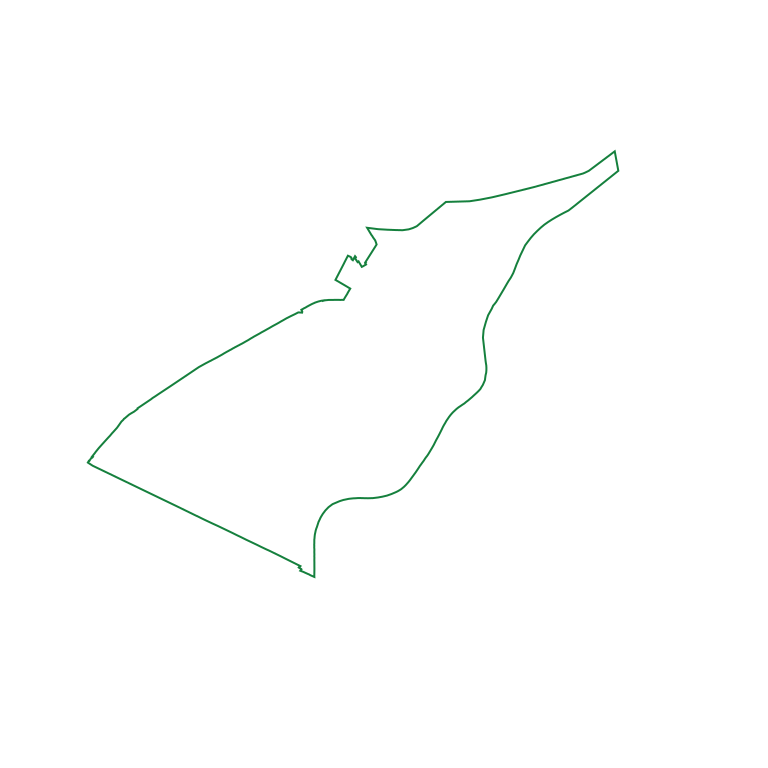 outline of Krimpen aan den IJssel, Zuid-Holland, Netherlands, rotated 157°
{"feature_id": "6326949B82028476449042", "entity_name": "Krimpen aan den IJssel", "entity_type": "district", "adm_level": 2, "iso_a3": "NLD", "parent_name": "Netherlands", "parent_adm1": "Zuid-Holland", "projection": "mercator", "projection_center": [4.603, 51.917], "detail": "fine", "context": "isolated", "style": "outline", "palette": "green", "viewbox_px": 768, "rotation_deg": 157, "n_neighbors": 0, "source": "geoboundaries", "source_scale": "gbopen_adm2", "svg_char_len": 5538}
<svg xmlns="http://www.w3.org/2000/svg" viewBox="0 0 768 768"><g transform="rotate(157 384 384)"><path d="M85.0,488.7L84.8,489.6L80.7,508.0L112.2,500.2L116.3,500.0L118.6,500.0L169.2,506.7L194.3,510.7L198.1,511.3L211.5,513.6L223.7,516.2L233.9,518.8L255.9,527.4L284.8,518.7L291.9,516.5L292.8,516.4L296.6,516.3L300.8,516.7L306.8,518.3L313.2,521.2L320.4,524.6L328.9,528.8L338.5,534.4L337.5,527.2L337.3,525.9L337.0,524.8L336.9,524.2L336.8,523.2L336.0,519.7L336.1,517.4L336.3,515.3L344.8,509.4L353.8,503.2L353.4,502.6L353.9,502.3L354.2,502.1L353.9,501.0L356.3,500.7L358.2,500.5L358.7,500.5L358.9,502.4L359.0,503.1L359.1,503.9L359.4,505.8L359.5,506.8L360.7,506.5L361.1,508.6L361.1,509.0L361.6,510.6L360.3,511.6L360.7,513.0L362.2,511.8L364.3,510.1L365.1,511.5L365.1,511.9L365.1,512.1L364.8,512.4L364.8,512.5L364.7,512.7L364.7,512.9L365.0,513.9L367.1,516.2L373.1,511.2L373.4,510.9L388.0,498.8L381.0,489.4L377.8,485.0L381.2,482.5L382.0,481.9L382.1,481.7L383.5,480.7L385.5,479.3L387.0,478.2L388.3,477.2L388.6,477.4L391.2,478.4L394.1,479.7L396.0,480.5L398.8,481.6L399.4,481.9L400.9,482.5L401.6,482.8L402.4,483.1L402.8,483.2L403.4,483.4L403.7,483.5L404.7,483.8L405.4,484.0L406.2,484.2L407.0,484.3L406.8,484.5L408.0,484.8L408.7,485.0L409.1,485.1L410.2,485.3L411.1,485.4L412.2,485.6L412.5,485.6L413.4,485.7L413.9,485.7L414.4,485.8L415.1,485.8L415.5,485.8L415.9,485.9L416.7,485.8L417.4,485.8L418.0,485.8L418.5,485.8L418.9,485.8L419.7,485.7L420.6,485.7L421.2,485.6L422.2,485.5L423.1,485.5L423.9,485.3L424.8,485.3L425.8,485.1L426.7,485.0L427.7,485.0L428.4,484.9L429.2,484.8L429.8,484.7L430.5,484.7L431.1,484.6L431.0,483.8L430.9,483.2L430.9,482.8L431.1,482.3L431.3,482.0L431.5,481.7L432.3,482.1L432.8,482.4L433.2,482.5L433.5,482.7L433.7,482.8L434.4,483.1L434.9,483.4L438.7,483.1L440.8,483.0L443.1,482.9L447.5,482.6L447.9,482.6L450.2,482.3L451.9,482.1L454.7,481.8L456.8,481.5L459.6,481.2L461.8,481.0L463.9,480.8L466.3,480.5L467.8,480.3L469.8,480.1L470.7,480.0L472.4,479.8L474.3,479.6L476.6,479.4L478.6,479.1L479.6,479.0L481.6,478.8L483.5,478.6L484.6,478.5L485.5,478.4L486.7,478.2L488.5,478.0L489.8,477.8L491.6,477.5L493.4,477.3L495.3,477.1L496.8,476.9L498.5,476.7L499.8,476.6L501.2,476.5L501.5,476.5L501.9,476.4L503.6,476.3L504.6,476.2L505.6,476.1L506.3,476.1L507.7,475.9L509.2,475.8L511.2,475.5L512.8,475.4L514.3,475.2L515.7,475.1L517.4,474.9L519.9,474.6L521.0,474.4L521.9,474.3L523.6,474.1L524.6,474.0L525.7,473.9L526.3,473.8L540.2,472.7L547.8,471.9L552.0,471.1L560.2,469.5L577.4,466.2L582.1,465.3L596.1,462.7L599.1,462.1L602.6,461.5L604.4,461.0L620.4,457.9L620.6,457.3L624.9,456.2L628.2,455.8L630.7,455.4L636.4,453.6L636.9,453.6L638.0,452.9L640.4,452.0L642.0,451.0L643.6,450.0L646.9,448.0L652.0,445.6L653.6,444.9L656.5,443.4L658.6,442.5L663.6,440.2L669.6,437.4L671.7,436.4L676.2,434.0L676.8,433.6L681.0,431.3L680.7,431.1L680.4,430.7L681.3,430.2L681.7,430.2L682.0,430.2L682.4,430.1L682.7,430.0L683.2,429.7L683.8,429.4L685.3,428.3L685.5,428.4L685.7,428.6L687.3,427.4L684.1,422.6L682.6,420.9L651.1,385.0L623.0,353.0L607.8,335.5L607.7,335.5L607.2,334.9L604.3,331.5L601.4,328.2L596.4,322.6L592.1,317.9L585.5,310.4L581.8,306.2L578.3,302.1L575.8,299.3L571.7,294.5L567.6,289.9L563.7,285.5L560.7,282.0L556.7,277.5L555.1,275.8L546.4,265.8L543.2,262.0L537.3,255.1L532.1,249.0L532.7,248.7L532.9,248.8L533.0,248.9L533.4,248.8L533.6,248.7L534.2,248.4L534.1,248.2L532.7,246.3L532.4,245.9L532.4,245.6L534.0,244.8L533.6,244.4L531.9,242.8L531.4,242.3L530.9,241.7L529.6,240.3L528.1,238.7L527.3,237.9L526.6,236.9L525.5,235.7L524.6,234.8L524.1,234.2L523.7,233.8L523.5,233.6L523.1,234.7L522.2,236.7L520.3,241.0L519.1,243.9L517.7,247.2L516.9,249.2L515.9,251.4L515.6,252.3L514.5,254.7L514.2,255.6L513.6,257.0L512.7,259.0L512.1,260.8L511.3,262.5L511.2,263.0L510.4,264.6L508.9,268.1L508.5,268.7L507.4,270.8L506.5,272.4L505.3,274.1L504.2,275.7L503.9,276.1L502.7,277.5L501.7,278.5L498.0,282.8L497.7,283.0L496.0,284.5L494.6,285.8L493.4,286.7L491.3,288.2L491.0,288.4L487.4,290.5L483.2,292.3L478.7,293.4L478.4,293.5L470.6,293.5L466.4,293.1L466.1,293.0L461.5,292.1L460.4,291.8L456.8,290.7L456.6,290.6L454.4,289.8L452.9,289.3L452.1,289.0L450.9,288.5L450.6,288.4L449.2,287.7L448.2,287.3L447.2,286.8L445.6,286.1L443.4,285.1L438.8,283.3L433.9,281.9L431.7,281.4L429.5,280.9L424.8,280.1L420.1,279.8L417.0,279.8L415.3,279.8L413.3,279.9L411.0,280.2L409.2,280.5L407.6,281.0L405.9,281.5L403.6,282.4L400.0,284.1L397.6,285.4L395.1,286.9L389.4,290.3L385.7,292.7L382.6,294.8L382.0,295.1L379.9,296.4L377.5,297.8L375.6,299.1L374.5,299.8L374.4,299.9L372.7,300.8L371.1,301.8L369.0,303.3L364.6,306.5L362.1,308.4L358.0,311.9L356.2,313.3L354.8,314.4L352.5,316.3L350.6,317.9L349.2,319.1L347.7,320.4L347.2,320.9L345.1,322.6L343.6,323.7L342.9,324.2L341.0,325.7L339.1,326.9L337.1,328.2L335.0,329.4L333.2,330.3L331.4,331.1L329.2,331.9L327.0,332.7L324.5,333.4L322.3,333.8L319.9,334.3L317.6,334.7L315.4,335.4L313.0,336.0L308.2,337.5L306.0,338.3L303.7,339.1L301.5,339.9L299.5,340.7L297.3,341.7L295.3,343.2L293.4,344.5L291.5,346.3L289.6,348.1L288.2,350.5L287.0,352.5L285.5,354.5L284.4,356.6L283.4,358.9L282.6,361.1L282.0,363.6L281.4,365.8L276.2,383.3L274.8,388.0L271.2,394.8L265.9,401.4L261.3,406.6L255.5,411.1L252.9,413.5L250.7,414.6L248.7,415.7L245.2,418.2L236.5,424.6L231.6,428.3L229.3,430.0L226.1,432.1L224.9,433.0L221.7,435.6L218.4,439.0L215.1,442.5L211.6,445.8L208.4,449.0L199.9,456.5L195.8,458.9L191.7,461.2L187.4,463.3L182.9,465.1L178.5,466.7L174.2,468.0L169.6,469.0L164.9,469.8L160.4,470.4L155.7,470.9L151.1,471.3L146.4,471.6L141.1,473.0L85.0,488.7Z" fill="none" stroke="#15803d" stroke-width="2"/></g></svg>